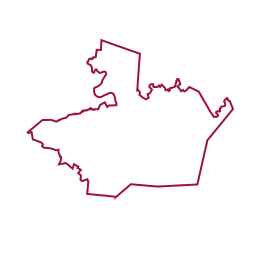 Gaujienas pag., Apes, Latvia, rotated 108°
{"feature_id": "27541924B78373668882921", "entity_name": "Gaujienas pag.", "entity_type": "district", "adm_level": 2, "iso_a3": "LVA", "parent_name": "Latvia", "parent_adm1": "Apes", "projection": "orthographic", "projection_center": [26.394, 57.508], "detail": "fine", "context": "isolated", "style": "outline", "palette": "rose", "viewbox_px": 256, "rotation_deg": 108, "n_neighbors": 0, "source": "geoboundaries", "source_scale": "gbopen_adm2", "svg_char_len": 5329}
<svg xmlns="http://www.w3.org/2000/svg" viewBox="0 0 256 256"><g transform="rotate(108 128 128)"><path d="M162.7,221.8L162.8,221.8L163.1,222.0L163.6,221.1L161.7,218.5L168.2,215.0L168.6,205.8L169.9,203.8L171.8,204.2L172.3,202.9L172.7,202.0L172.7,201.8L171.4,195.7L171.3,195.1L171.2,193.5L171.4,190.4L171.4,189.8L171.0,188.7L170.2,187.4L173.2,186.2L173.5,186.1L174.3,185.1L176.1,183.9L175.7,183.5L176.2,182.8L177.0,182.5L178.0,182.0L178.3,182.0L179.0,182.1L179.5,181.9L183.9,182.4L181.4,177.7L181.0,177.5L180.7,176.0L180.7,175.6L181.1,174.5L181.7,173.2L182.7,170.8L183.3,169.0L183.7,168.1L179.1,168.2L179.5,166.7L179.8,164.8L180.1,163.3L181.6,163.6L182.4,159.9L186.3,161.4L187.6,158.1L192.1,157.1L192.6,155.4L191.6,153.8L190.8,152.9L189.3,150.8L189.4,150.6L190.2,150.2L190.6,149.9L191.0,149.2L196.7,147.9L203.3,146.5L200.4,133.1L199.2,128.1L198.9,126.2L198.8,125.8L197.1,118.1L197.3,118.1L180.6,107.9L174.6,81.9L160.3,44.6L115.1,48.7L77.5,34.0L71.1,39.4L70.8,39.6L71.0,40.4L70.3,42.1L69.9,42.6L69.3,42.4L69.1,42.5L68.9,42.9L69.3,43.4L70.3,44.0L72.8,44.9L74.4,43.5L75.3,43.1L75.6,42.8L76.4,42.6L77.1,42.7L77.5,43.1L78.2,44.6L79.1,46.1L79.6,46.2L80.2,46.0L80.6,46.0L81.1,46.5L81.7,46.7L83.2,45.6L83.7,45.6L84.0,45.8L84.1,46.9L84.2,47.6L85.1,48.7L85.5,49.0L85.9,49.1L86.2,49.0L86.6,48.6L87.4,47.0L87.6,46.6L87.9,46.4L88.2,46.2L88.6,46.3L89.6,46.8L90.0,47.1L90.2,47.5L90.2,48.1L90.2,48.4L90.4,48.8L90.7,49.3L91.0,49.6L86.7,55.2L81.9,60.4L80.9,61.6L78.5,64.3L76.1,66.8L76.1,67.2L74.7,68.4L71.6,71.9L70.2,81.4L70.3,81.5L70.1,82.3L71.5,83.0L73.6,83.9L75.7,85.3L75.8,85.7L75.4,86.9L74.8,87.5L76.6,88.8L76.1,89.3L74.5,91.5L73.4,93.6L73.2,93.6L71.4,92.7L70.0,91.8L69.0,92.6L66.4,94.6L66.0,95.0L65.9,95.1L66.3,96.3L67.1,96.1L67.8,96.6L68.4,96.6L68.8,96.0L70.5,96.4L71.1,96.4L72.7,95.9L73.2,96.2L73.9,95.9L74.5,96.5L76.4,98.8L76.7,99.9L77.7,100.6L79.1,99.8L80.3,100.9L79.1,102.2L80.5,104.0L79.9,104.4L78.6,105.1L76.3,109.3L79.0,110.2L78.5,111.0L78.0,111.6L80.0,112.8L81.0,116.2L81.1,116.3L80.8,116.6L80.6,116.8L79.8,116.8L79.4,117.0L79.0,117.8L78.9,117.9L78.6,118.0L79.2,119.4L80.4,120.6L81.3,120.4L82.2,120.5L83.0,119.3L83.0,119.2L83.6,118.1L84.0,117.1L88.2,117.9L88.2,118.1L89.1,118.9L89.8,119.8L92.8,117.7L95.2,119.8L94.4,123.7L93.6,125.6L92.9,127.4L90.6,127.5L88.6,130.0L89.4,130.8L66.6,136.5L57.1,138.8L56.8,138.8L56.7,138.9L53.7,139.6L53.5,148.5L53.0,169.9L52.9,171.6L52.7,180.4L53.6,180.1L62.2,177.9L63.3,181.9L70.6,180.6L71.2,181.9L71.3,182.1L71.4,182.5L71.6,183.0L72.0,183.3L72.2,183.0L72.4,182.9L72.8,182.9L73.4,183.4L73.9,183.9L74.0,184.2L74.0,184.5L73.8,185.2L73.8,185.5L73.9,185.8L74.0,186.0L74.6,186.4L75.0,186.5L75.7,186.4L76.5,186.5L76.9,186.5L77.3,186.7L77.8,187.0L78.2,187.1L78.4,187.0L78.6,186.9L78.7,186.5L78.9,186.2L79.3,186.0L79.3,185.9L79.5,185.0L79.6,184.7L79.6,183.6L79.7,183.2L79.9,182.8L80.6,182.2L80.9,181.8L81.3,181.2L81.8,180.9L82.4,180.7L83.1,180.4L84.6,180.0L85.7,179.2L86.1,178.7L86.0,178.2L85.8,178.0L85.8,177.8L85.9,177.6L85.7,177.3L85.0,177.4L83.7,177.4L83.1,177.3L82.6,177.0L82.4,176.8L82.2,176.6L82.1,176.3L82.1,176.1L82.3,175.9L82.8,175.5L83.1,175.2L83.3,174.8L83.8,173.7L84.1,172.7L84.2,172.3L84.2,171.8L84.1,171.4L84.0,171.1L83.8,170.8L83.0,169.8L82.6,169.4L82.0,168.7L81.8,168.2L81.7,167.9L81.6,167.4L81.6,167.0L81.7,166.7L81.9,166.5L82.2,166.2L82.9,165.7L83.4,165.5L84.2,165.5L85.2,165.8L90.6,167.1L91.8,167.0L93.3,167.0L93.7,167.1L94.4,167.3L94.7,167.4L95.6,168.1L96.2,168.5L96.7,168.8L97.2,169.1L98.7,170.6L100.1,172.2L100.7,172.4L101.1,172.4L102.5,172.0L103.6,171.6L104.2,171.3L105.4,170.4L106.0,170.1L106.8,169.2L107.0,168.7L107.2,168.3L107.5,167.2L107.6,166.6L107.7,166.1L107.4,164.5L107.0,163.4L106.6,162.9L105.5,161.9L104.4,160.9L103.4,159.5L102.4,158.6L100.7,156.7L100.4,156.2L100.1,155.8L99.9,155.3L99.7,154.5L99.7,154.0L99.8,153.1L100.0,152.7L100.2,152.3L100.5,151.9L102.4,150.3L103.5,149.6L103.9,149.4L104.5,149.1L105.6,148.7L105.9,148.5L107.2,147.5L108.1,146.6L108.6,146.4L109.8,146.1L109.8,146.4L110.6,147.9L112.6,153.2L114.4,154.3L111.8,156.9L111.5,157.5L110.8,158.0L114.8,161.7L119.4,162.2L119.4,162.4L119.5,162.8L120.2,164.7L120.3,164.9L120.2,165.1L120.6,165.5L121.1,165.8L121.1,165.7L121.2,165.8L121.2,166.0L121.3,166.5L121.3,166.8L121.0,167.5L121.1,167.9L121.3,168.0L121.2,168.1L121.3,168.3L121.3,168.5L121.5,168.7L121.5,168.8L121.4,169.0L121.2,169.1L121.2,169.3L120.9,169.4L120.9,169.5L120.7,169.6L120.7,169.8L120.8,170.0L120.9,170.3L121.0,170.4L121.4,170.3L121.6,170.4L121.8,170.3L122.0,170.5L122.3,170.6L122.6,171.0L122.7,171.5L123.0,171.9L123.2,172.1L123.6,172.2L123.6,172.3L123.6,172.6L123.9,172.8L124.0,172.9L124.2,173.0L124.3,173.2L124.4,173.4L124.3,173.8L124.3,174.2L124.4,174.4L125.0,174.8L125.2,175.2L125.3,175.3L125.3,175.6L125.5,175.5L125.8,175.6L125.8,175.8L125.8,176.1L126.2,176.0L126.3,176.1L126.5,176.3L126.5,176.5L126.3,176.6L126.4,176.8L126.5,176.9L126.9,176.9L126.9,177.1L127.0,177.2L127.3,177.1L127.5,177.2L127.8,177.3L128.0,177.3L128.3,177.7L128.2,177.8L128.4,177.9L128.6,178.0L129.1,178.4L129.3,178.7L129.5,179.1L129.7,179.4L130.3,180.4L130.3,180.7L130.6,181.5L130.5,182.5L131.4,182.7L131.5,183.0L131.6,183.3L131.5,183.8L132.7,185.9L133.8,188.3L137.5,190.1L137.8,190.9L139.0,192.5L139.2,193.0L139.4,193.3L141.6,195.9L141.7,195.7L142.3,196.3L142.2,196.3L144.1,198.3L144.0,203.6L146.9,211.9L162.7,221.8Z" fill="none" stroke="#9f1239" stroke-width="2"/></g></svg>